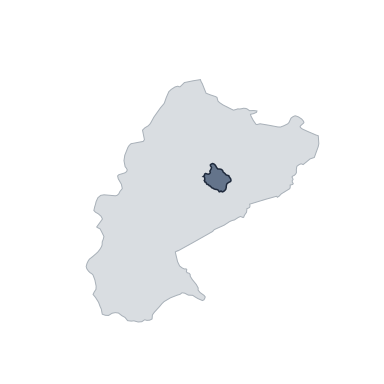 where Ganzourgou sits in Burkina Faso, rotated 331°
{"feature_id": "BFA-2828", "entity_name": "Ganzourgou", "entity_type": "Province", "adm_level": 1, "iso_a3": "BFA", "parent_name": "Burkina Faso", "parent_adm1": "", "projection": "albers", "projection_center": [-0.846, 12.259], "detail": "fine", "context": "in_parent", "style": "filled", "palette": "slate", "viewbox_px": 384, "rotation_deg": 331, "n_neighbors": 0, "source": "natural_earth", "source_scale": "10m", "svg_char_len": 4417}
<svg xmlns="http://www.w3.org/2000/svg" viewBox="0 0 384 384"><g transform="rotate(331 192 192)"><path d="M278.3,236.5L269.3,236.9L266.0,237.9L264.1,238.0L264.0,237.1L263.8,236.7L252.5,234.0L244.5,232.3L236.5,230.6L236.0,232.3L234.9,233.4L233.1,233.4L231.9,233.2L231.1,234.5L229.8,236.2L227.9,237.1L226.1,238.1L225.1,239.1L224.3,239.1L222.5,236.9L220.1,236.7L215.5,237.0L213.4,236.4L210.6,236.1L204.0,236.6L193.4,235.7L191.7,236.1L191.2,236.5L180.8,236.6L169.2,236.7L159.6,236.7L151.1,236.7L151.1,236.4L148.4,236.3L148.1,237.0L145.6,245.9L145.3,250.7L146.6,253.7L148.0,255.6L149.6,256.4L149.8,257.4L148.5,258.8L148.6,260.2L150.1,261.7L150.4,263.2L149.6,264.9L149.8,268.7L150.9,274.9L150.9,278.9L149.8,280.7L150.3,283.8L152.4,288.2L152.7,290.1L152.0,290.9L150.2,292.1L148.5,292.0L146.4,289.3L145.5,288.1L143.9,285.4L142.5,282.7L140.6,281.5L138.8,280.4L136.5,276.9L134.4,275.3L132.0,275.7L128.7,275.0L121.9,274.1L114.5,274.3L111.5,275.1L108.5,276.3L100.8,278.9L97.8,280.3L95.5,283.7L92.9,283.6L90.3,282.4L88.7,280.8L85.2,281.1L81.9,279.6L78.7,276.5L76.3,275.5L73.3,273.3L72.6,269.2L70.7,266.2L69.0,262.2L66.4,260.3L63.3,259.3L59.1,259.5L56.4,257.8L54.3,255.4L54.9,253.4L55.9,250.5L56.1,247.7L56.8,243.2L56.5,237.6L55.8,233.6L58.1,232.0L60.8,230.6L62.5,227.9L64.4,221.9L65.2,216.7L64.7,214.8L63.8,213.3L63.1,211.0L62.8,208.2L63.3,205.9L65.4,203.7L67.9,201.9L69.7,201.0L74.5,200.2L80.4,198.9L83.9,197.4L86.4,195.9L87.8,194.6L89.3,192.1L91.6,190.2L93.4,188.2L93.7,182.7L93.7,179.6L92.4,177.8L91.7,176.4L100.6,172.2L100.7,169.1L99.5,165.7L97.8,162.9L97.2,160.6L99.7,157.8L101.8,155.8L103.4,154.0L106.9,151.4L110.5,150.7L113.7,151.8L123.2,158.2L124.9,158.6L126.9,158.2L129.4,156.5L132.7,155.2L134.0,151.0L133.9,144.7L134.7,141.9L136.4,141.4L141.9,142.6L143.3,142.7L144.9,142.3L146.1,141.2L146.1,139.2L145.8,137.4L147.7,131.6L151.0,127.3L157.6,121.9L159.7,120.8L162.1,120.2L173.9,124.1L175.8,123.1L178.7,113.9L182.0,113.0L185.8,112.9L188.3,112.1L189.6,111.4L195.2,107.9L205.2,103.1L210.5,101.1L211.5,100.3L215.3,96.9L220.4,93.0L223.6,92.2L228.1,91.9L230.9,92.6L231.7,93.7L232.6,94.2L238.4,92.6L246.7,95.2L253.9,97.8L253.5,99.4L253.5,102.3L252.9,106.9L252.2,112.4L255.2,116.0L258.7,119.8L259.7,121.3L258.8,125.1L259.5,127.3L261.4,131.0L264.6,135.7L267.9,140.5L270.2,141.1L272.4,141.5L273.7,142.4L275.7,143.2L277.6,143.7L279.3,144.8L280.3,145.8L281.8,148.8L285.5,150.7L288.1,152.6L287.1,153.6L283.8,153.3L280.8,152.4L280.4,153.9L280.3,159.3L280.8,163.9L281.5,164.5L284.6,165.3L292.0,171.2L298.6,176.7L300.9,178.1L304.6,178.6L308.7,178.8L310.4,178.3L314.4,175.4L316.5,175.1L318.5,175.2L319.5,175.6L321.5,177.9L323.3,181.3L323.8,183.9L323.7,185.3L323.1,185.8L319.8,186.5L318.4,187.0L318.1,187.8L318.6,189.5L319.2,190.6L322.9,195.6L328.1,202.3L329.7,204.0L328.8,206.0L326.3,211.3L324.3,213.6L315.7,221.1L311.4,220.3L302.5,221.9L301.1,220.2L299.0,220.0L296.5,220.3L295.5,221.0L295.2,221.7L294.3,222.7L292.7,225.7L291.4,226.5L289.8,227.0L287.9,226.9L286.7,227.3L286.7,228.8L286.4,230.1L285.1,230.7L284.5,232.1L284.7,233.5L283.9,234.2L282.2,233.8L281.2,233.5L280.3,235.3L279.1,236.5L278.3,236.5Z" fill="#d9dde1" stroke="#a8b0b8" stroke-width="1"/><path d="M225.5,183.1L225.5,183.3L225.8,184.4L227.3,185.3L228.5,186.3L229.0,187.3L229.2,188.2L228.9,189.5L229.8,191.9L230.0,193.0L230.2,193.7L232.1,195.6L231.9,196.1L232.2,199.4L231.7,200.8L231.0,201.4L230.7,201.5L230.4,201.5L229.0,201.4L227.1,201.6L226.1,202.0L225.4,202.8L224.7,203.7L224.1,204.7L222.7,206.1L220.9,206.7L219.1,206.8L218.7,206.7L218.4,206.4L218.2,206.1L217.9,205.2L217.6,205.2L217.1,205.3L216.6,205.3L216.0,205.1L215.8,204.8L215.9,203.8L215.8,203.2L215.6,202.8L214.9,201.8L214.7,201.7L214.4,201.5L214.0,201.2L213.5,200.8L212.5,199.6L212.3,198.9L211.6,198.3L211.4,197.9L211.3,197.7L211.2,197.3L210.9,195.7L210.5,195.3L210.1,194.9L210.0,194.5L210.0,193.8L209.9,193.5L209.7,193.2L209.3,193.0L209.0,192.8L208.8,192.5L208.7,191.8L208.8,191.7L208.8,190.9L208.8,190.1L208.4,189.8L208.2,189.6L208.1,189.3L208.3,188.6L208.3,188.4L208.3,188.0L208.3,187.8L208.5,187.7L208.9,187.6L209.0,187.6L209.7,186.3L210.1,185.2L209.8,184.2L209.4,183.9L210.2,183.7L210.9,183.6L211.7,182.5L212.9,182.4L214.2,183.8L215.2,184.5L216.4,184.4L217.4,183.9L217.7,183.1L217.7,182.4L218.5,182.0L219.9,181.1L221.0,180.0L221.0,179.2L220.8,178.0L221.3,177.1L222.6,176.9L223.5,177.1L223.9,177.1L224.8,178.2L225.4,179.9L225.4,182.5L225.5,183.1Z" fill="#64748b" stroke="#1e293b" stroke-width="1.5"/></g></svg>